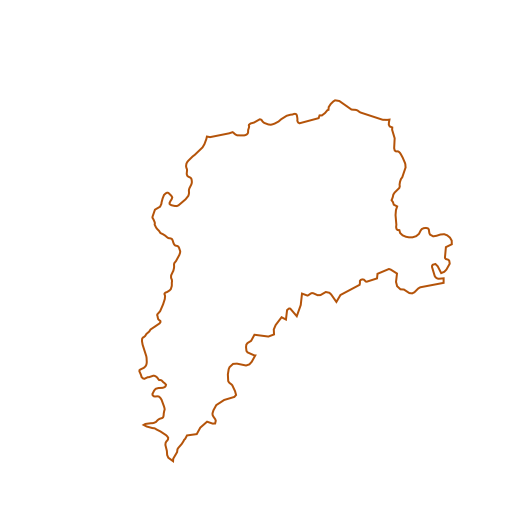 outline of Badajoz, rotated 147°
{"feature_id": "ESP-5807", "entity_name": "Badajoz", "entity_type": "Autonomous Community", "adm_level": 1, "iso_a3": "ESP", "parent_name": "Spain", "parent_adm1": "", "projection": "robinson", "projection_center": [-5.947, 38.694], "detail": "fine", "context": "isolated", "style": "outline", "palette": "amber", "viewbox_px": 512, "rotation_deg": 147, "n_neighbors": 0, "source": "natural_earth", "source_scale": "10m", "svg_char_len": 5915}
<svg xmlns="http://www.w3.org/2000/svg" viewBox="0 0 512 512"><g transform="rotate(147 256 256)"><path d="M82.2,268.9L81.7,267.6L80.9,267.0L80.0,266.5L79.4,265.4L79.1,264.1L79.1,262.4L79.4,258.6L80.4,252.8L80.8,251.6L82.0,249.4L82.3,248.8L88.4,244.0L90.4,242.4L92.5,241.6L94.8,239.8L96.7,237.7L97.5,236.1L98.8,235.0L105.2,233.7L107.4,232.7L109.1,231.0L110.8,229.7L111.9,229.0L111.8,226.6L112.5,224.0L110.6,220.7L113.6,218.3L116.7,214.3L121.3,205.7L122.7,204.0L123.4,202.3L123.2,200.8L121.7,199.6L122.6,196.8L121.8,193.5L119.8,190.5L117.6,188.4L114.5,186.4L110.9,185.4L107.3,185.8L104.0,187.7L102.3,188.3L100.2,188.0L98.2,187.0L96.8,185.6L96.6,184.2L98.1,180.9L98.4,179.2L96.7,176.0L93.5,174.6L89.7,173.6L86.3,171.8L84.4,169.2L83.3,165.8L83.5,162.3L85.4,159.2L91.9,160.0L98.3,151.9L98.6,151.1L98.4,150.0L96.9,148.3L96.5,147.0L96.7,146.4L97.5,144.5L97.8,144.0L103.7,140.9L106.7,140.2L110.0,140.8L109.2,148.4L109.9,151.6L112.6,152.4L113.8,151.8L114.4,150.8L117.0,141.9L117.0,140.5L116.7,139.4L116.1,138.3L115.2,137.4L110.8,135.1L113.3,131.3L135.3,140.3L137.6,140.4L142.9,139.3L145.4,139.6L147.6,141.4L150.2,147.3L153.0,149.4L154.1,153.8L152.7,158.0L147.3,164.5L150.4,171.2L151.6,172.7L163.8,174.9L166.7,171.3L177.0,174.1L177.7,174.6L177.9,175.1L178.2,176.7L178.4,177.4L179.0,178.0L179.6,178.5L181.1,178.9L182.4,178.5L183.8,176.4L184.8,175.4L206.4,177.3L213.6,173.7L213.9,182.8L214.5,185.2L217.1,187.8L223.2,188.1L225.7,189.6L228.2,193.5L229.2,194.4L230.4,194.7L233.6,194.6L234.4,194.8L237.9,199.4L245.2,190.5L254.6,183.3L255.9,193.1L256.3,193.6L257.1,194.0L259.4,193.7L265.5,186.4L267.9,190.7L277.1,187.4L281.1,184.7L283.6,180.4L289.5,181.7L300.2,190.8L306.3,187.5L310.6,187.6L312.4,186.9L314.0,185.0L315.7,181.6L315.6,179.8L311.6,173.6L310.8,173.0L317.2,169.6L320.6,168.7L324.0,169.6L330.6,176.1L334.0,178.0L338.7,177.2L340.6,175.9L344.1,172.0L347.4,166.3L347.5,164.9L347.3,163.8L346.5,161.6L346.3,160.5L347.2,154.0L348.4,150.3L350.9,149.6L361.1,152.6L370.5,152.6L375.7,149.8L378.2,147.7L379.0,146.3L379.2,144.7L379.1,141.2L379.5,139.7L381.5,137.8L383.6,139.0L387.3,143.7L396.2,142.4L402.7,138.9L411.6,143.1L415.0,141.2L415.7,141.1L416.7,140.8L417.6,140.2L420.7,138.8L425.6,137.4L427.1,136.7L429.0,134.5L435.8,131.1L437.3,129.1L439.4,134.6L438.9,137.5L436.9,141.1L434.9,146.9L433.6,148.5L432.2,149.3L430.8,149.6L429.6,150.2L428.6,151.5L428.7,153.3L429.0,154.7L431.7,160.9L434.1,165.0L434.3,165.7L435.0,166.8L436.6,168.1L440.6,172.6L442.2,175.5L440.4,175.4L439.8,175.2L435.0,172.9L433.9,172.2L432.7,171.7L430.3,171.3L427.9,171.9L426.6,172.0L425.3,171.9L422.9,171.2L421.8,171.3L420.9,172.0L420.0,173.0L419.2,174.1L417.3,176.1L416.3,176.9L415.7,178.0L415.1,179.9L413.5,186.9L413.5,189.2L414.0,191.0L414.9,191.9L417.3,193.2L418.2,194.1L418.5,195.6L418.0,196.7L414.7,198.6L413.5,199.0L412.2,199.2L409.7,198.4L406.3,196.4L405.1,196.0L403.8,195.8L402.7,196.1L401.6,197.0L401.7,198.1L402.0,199.4L402.5,200.6L402.7,201.9L403.0,203.1L403.6,203.9L404.3,204.4L404.8,204.7L404.8,204.8L405.0,206.1L405.0,207.2L405.2,208.5L405.7,209.7L406.3,210.7L407.2,211.5L411.9,212.7L412.8,213.3L416.5,213.8L417.4,214.8L417.9,216.7L417.2,219.1L416.6,222.8L415.9,223.7L414.9,223.8L411.0,223.3L409.7,223.5L408.5,223.8L407.4,224.4L406.4,225.3L405.4,226.5L403.3,230.1L402.6,231.7L399.4,243.4L398.0,246.7L396.7,248.5L395.8,249.0L395.1,249.2L394.1,249.1L392.5,249.3L390.4,250.3L386.7,250.8L384.5,251.8L373.5,252.0L372.0,252.7L371.6,253.7L372.1,254.9L372.4,256.2L371.9,257.9L371.4,259.0L371.2,260.0L370.6,260.8L366.5,261.9L360.2,266.1L355.8,269.7L355.1,270.7L354.5,271.3L354.1,272.0L353.7,272.8L353.7,273.5L353.2,274.3L352.6,274.5L351.8,274.6L350.1,274.2L347.3,274.2L345.5,274.6L343.1,276.6L342.4,277.5L341.2,279.4L340.3,280.4L339.8,281.3L339.4,282.2L339.3,283.3L338.8,284.5L337.7,286.0L333.5,288.6L333.4,288.6L331.4,290.5L330.6,291.5L329.2,293.8L328.2,294.6L325.9,295.3L319.8,298.6L318.0,300.0L317.0,301.2L316.1,304.7L316.0,305.6L316.1,306.4L316.5,307.2L317.8,308.5L318.2,309.2L318.3,310.1L318.3,311.0L317.9,312.8L317.6,313.6L317.3,315.3L317.3,316.1L317.7,316.8L318.3,317.5L319.0,318.1L319.7,318.7L320.1,319.5L320.4,320.3L321.0,322.3L321.3,323.1L321.7,323.9L322.1,324.8L323.5,327.1L323.7,327.8L323.6,329.0L323.7,330.3L324.0,331.5L324.2,332.7L324.3,334.0L324.2,335.2L323.9,337.5L322.9,338.7L322.5,339.9L322.1,342.3L322.0,343.5L322.0,344.5L321.4,345.3L315.5,349.9L309.6,349.6L306.9,351.3L306.0,352.4L303.0,355.1L299.9,357.3L297.5,357.7L296.0,357.5L295.1,356.6L294.3,353.1L294.2,351.9L294.3,350.8L295.1,350.1L296.1,349.4L297.4,348.9L299.5,347.7L300.1,346.8L299.9,345.8L299.3,344.7L297.1,342.4L295.2,341.0L293.4,340.7L284.2,341.9L280.0,343.3L278.8,344.3L277.8,345.4L276.6,347.5L275.9,348.3L274.9,349.1L271.3,351.2L270.0,352.3L269.2,353.5L268.6,354.7L268.2,355.8L268.2,357.0L268.7,358.1L269.4,359.1L269.9,360.3L269.8,361.4L269.4,362.6L267.1,365.5L266.6,366.5L266.5,367.3L266.2,368.3L265.7,369.5L264.1,371.3L262.6,372.2L260.8,372.8L254.9,374.0L252.2,374.2L241.7,376.2L238.3,377.9L234.0,381.1L232.1,382.9L229.8,380.7L211.7,373.5L208.2,372.6L207.7,371.5L207.5,370.4L207.0,369.0L206.0,367.4L200.3,363.6L198.8,363.1L197.4,363.0L196.2,363.3L195.3,364.0L194.7,364.9L194.0,365.9L191.9,367.6L191.2,368.4L190.9,369.4L190.4,369.9L188.4,370.1L185.0,369.0L178.4,368.6L177.6,367.8L177.2,366.7L177.3,365.5L177.0,364.2L176.6,363.1L174.0,359.6L172.1,358.0L170.3,357.4L168.3,356.9L163.8,356.5L160.4,357.0L153.9,356.9L150.1,355.7L148.4,354.8L146.6,354.4L145.4,353.6L145.0,352.7L145.2,351.5L146.2,349.2L146.7,348.2L147.5,347.2L147.9,346.0L147.9,344.8L147.2,343.6L128.4,337.5L126.1,339.3L124.2,338.0L120.3,338.3L116.7,339.4L116.3,339.3L115.6,339.1L113.9,341.3L110.5,342.8L107.0,343.5L104.9,343.5L103.0,341.8L101.7,340.6L96.2,326.9L95.4,326.2L93.1,324.5L92.1,323.5L91.5,322.5L90.7,320.3L90.1,319.3L75.6,301.3L71.7,298.6L69.8,297.7L71.8,295.6L73.1,293.8L73.3,291.8L71.7,289.6L73.1,287.7L75.6,279.2L81.4,271.2L82.2,268.9Z" fill="none" stroke="#b45309" stroke-width="2"/></g></svg>